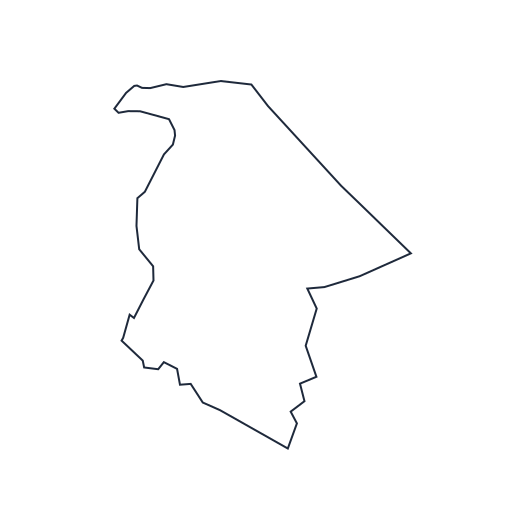 Surry, Virginia, United States of America, rotated 256°
{"feature_id": "52423323B96446812738870", "entity_name": "Surry", "entity_type": "district", "adm_level": 2, "iso_a3": "USA", "parent_name": "United States of America", "parent_adm1": "Virginia", "projection": "orthographic", "projection_center": [-76.881, 37.096], "detail": "fine", "context": "isolated", "style": "outline", "palette": "slate", "viewbox_px": 512, "rotation_deg": 256, "n_neighbors": 0, "source": "geoboundaries", "source_scale": "gbopen_adm2", "svg_char_len": 846}
<svg xmlns="http://www.w3.org/2000/svg" viewBox="0 0 512 512"><g transform="rotate(256 256 256)"><path d="M61.5,240.3L83.7,255.2L96.6,252.0L103.4,267.9L121.5,267.8L124.2,285.4L156.9,282.5L190.3,302.2L212.0,297.9L209.3,314.8L211.3,351.6L215.5,375.3L221.1,406.9L286.9,366.0L303.5,355.6L398.6,303.9L423.5,293.0L434.3,264.1L437.6,226.3L444.4,210.6L444.4,209.7L444.5,194.0L446.7,186.1L450.2,181.8L450.5,179.0L445.7,169.4L433.2,154.2L428.2,157.3L427.5,166.9L424.5,178.5L410.6,203.3L409.8,204.7L397.9,207.4L392.4,206.6L384.2,202.3L376.9,191.3L345.2,163.7L340.8,154.9L314.1,147.3L290.8,144.3L270.9,153.7L257.0,150.6L241.3,136.5L225.4,122.6L229.6,119.2L208.7,107.3L206.4,105.1L181.9,120.8L174.9,120.5L169.8,133.7L175.3,140.9L165.6,152.1L149.5,151.1L147.7,161.7L126.7,168.9L115.1,183.8L61.5,240.3Z" fill="none" stroke="#1e293b" stroke-width="2"/></g></svg>